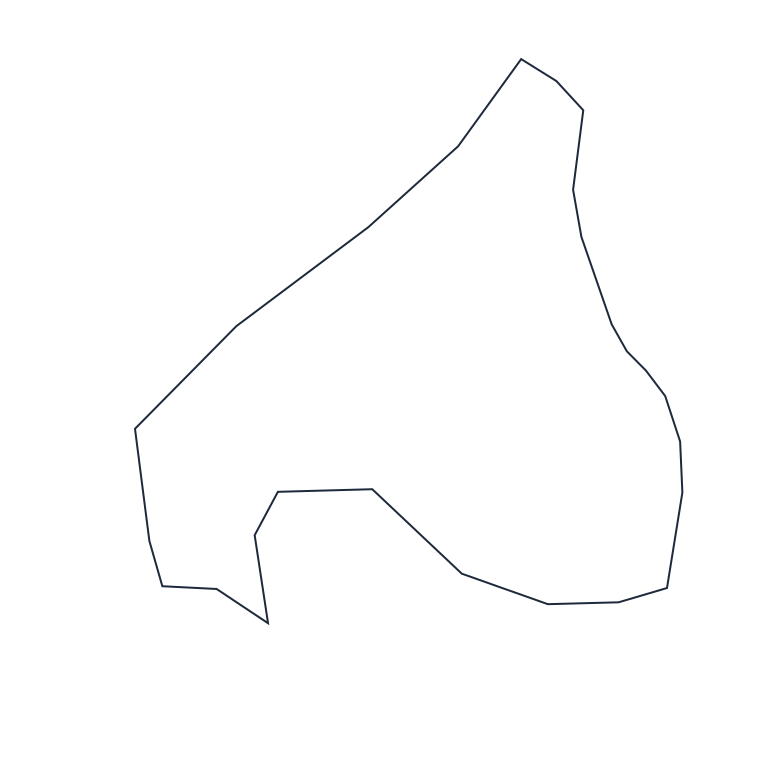 map outline of Soufrière (Albers equal-area conic projection), rotated 164°
{"feature_id": "LCA-5085", "entity_name": "Soufrière", "entity_type": "Quarter", "adm_level": 1, "iso_a3": "LCA", "parent_name": "Saint Lucia", "parent_adm1": "", "projection": "albers", "projection_center": [-61.032, 13.851], "detail": "fine", "context": "isolated", "style": "outline", "palette": "slate", "viewbox_px": 768, "rotation_deg": 164, "n_neighbors": 0, "source": "natural_earth", "source_scale": "10m", "svg_char_len": 514}
<svg xmlns="http://www.w3.org/2000/svg" viewBox="0 0 768 768"><g transform="rotate(164 384 384)"><path d="M162.6,658.5L134.8,627.7L117.0,592.2L148.7,518.6L153.7,471.0L148.7,378.6L141.5,348.4L128.5,324.7L117.0,294.9L115.2,247.1L127.1,197.4L168.2,109.9L218.7,109.5L287.2,127.2L361.5,180.2L424.3,286.1L515.7,309.6L550.0,274.3L561.4,186.0L601.4,233.1L652.8,250.7L652.8,297.8L635.7,409.6L586.1,437.5L557.1,453.8L510.0,480.3L355.8,539.1L247.2,592.1L162.6,658.5Z" fill="none" stroke="#1e293b" stroke-width="2"/></g></svg>